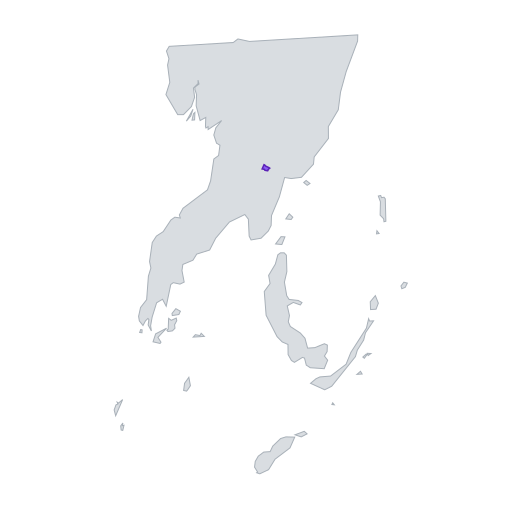 Goroka District, Eastern Highlands, Papua New Guinea (highlighted), rotated 87°
{"feature_id": "67681753B3470631360402", "entity_name": "Goroka District", "entity_type": "district", "adm_level": 2, "iso_a3": "PNG", "parent_name": "Papua New Guinea", "parent_adm1": "Eastern Highlands", "projection": "albers", "projection_center": [145.434, -6.025], "detail": "fine", "context": "in_parent", "style": "filled", "palette": "violet", "viewbox_px": 512, "rotation_deg": 87, "n_neighbors": 0, "source": "geoboundaries", "source_scale": "gbopen_adm2", "svg_char_len": 4051}
<svg xmlns="http://www.w3.org/2000/svg" viewBox="0 0 512 512"><g transform="rotate(87 256 256)"><path d="M42.1,331.7L41.6,267.5L38.3,262.7L41.4,251.3L40.5,142.8L46.7,143.3L76.6,156.3L96.7,163.0L114.3,166.2L130.5,177.0L142.4,177.5L160.1,192.7L167.3,193.8L179.8,206.5L180.5,216.8L179.1,223.3L198.2,229.6L216.4,238.4L226.3,239.3L231.7,242.4L238.5,250.0L239.7,260.1L235.8,261.8L218.8,261.7L214.0,265.0L220.7,280.8L236.1,295.3L247.6,302.0L251.0,315.1L256.9,319.2L260.6,329.5L266.6,330.7L278.3,329.1L280.1,333.4L278.3,340.0L280.0,342.6L301.5,348.3L294.3,351.6L297.5,357.7L311.5,362.9L320.1,364.9L325.4,364.4L319.2,367.3L313.8,366.3L312.7,367.2L315.0,369.8L319.5,372.5L314.7,375.9L310.1,376.4L301.4,374.0L293.9,367.5L270.5,364.5L262.5,361.6L256.0,362.6L237.1,358.9L230.9,354.4L226.8,347.4L215.6,339.1L213.0,335.0L214.1,329.6L211.0,330.4L204.5,326.4L187.4,301.0L178.6,297.4L156.9,293.0L153.7,288.1L143.5,286.2L141.3,289.5L133.0,291.8L125.9,289.4L118.9,283.2L127.2,297.2L124.3,297.1L125.6,299.3L124.1,299.7L115.0,298.9L117.8,304.7L102.9,307.9L91.7,306.9L86.4,308.3L84.2,308.2L81.3,303.9L77.3,304.7L80.7,304.8L85.0,309.7L94.3,309.0L103.4,312.7L111.0,321.0L110.7,326.8L90.1,337.5L78.1,333.0L60.7,334.3L54.4,332.6L46.6,334.7L42.1,331.7ZM355.2,190.0L359.5,192.9L363.8,189.9L372.1,193.8L370.4,207.7L367.6,211.5L360.5,212.9L359.7,214.9L364.2,223.2L362.2,226.1L356.1,229.1L346.0,228.7L343.2,234.3L337.6,239.2L315.7,249.0L291.9,249.6L284.2,243.4L276.0,244.4L265.1,237.1L255.9,234.1L254.1,231.3L254.3,227.7L256.8,225.6L273.2,226.0L283.6,229.0L297.3,227.4L301.1,225.2L302.6,216.2L304.9,212.5L307.2,214.3L304.3,221.2L307.5,227.4L317.2,225.7L323.4,227.2L328.2,225.4L335.2,215.8L340.7,211.4L350.7,209.3L350.6,202.1L347.2,192.3L348.7,189.4L355.2,190.0ZM473.7,263.6L472.5,266.7L471.8,265.7L466.8,268.5L461.1,267.5L456.0,264.2L452.2,258.5L452.1,252.1L446.7,249.2L439.6,241.0L438.2,235.6L438.9,226.8L449.4,232.1L459.9,247.6L470.0,254.6L473.7,263.6ZM393.2,194.4L386.0,208.2L381.7,202.5L380.1,198.5L379.8,187.8L368.8,171.7L357.2,166.3L333.8,149.5L324.5,146.8L326.9,146.0L326.9,142.0L338.4,150.7L345.6,152.9L355.2,159.7L361.7,162.0L390.0,187.2L393.2,194.4ZM205.7,123.9L228.1,124.5L228.5,126.4L225.5,126.6L221.7,129.9L208.4,128.9L202.5,130.7L202.1,128.3L204.3,127.6L204.0,125.1L205.7,123.9ZM316.4,338.5L320.4,340.9L323.9,340.7L326.4,343.4L326.8,347.9L325.4,348.9L324.4,347.5L313.7,346.5L315.8,344.0L313.8,338.9L316.4,338.5ZM315.5,144.4L307.7,144.3L301.8,138.9L309.5,136.3L315.4,138.9L315.5,144.4ZM332.1,358.2L337.1,355.4L338.3,356.4L336.3,363.3L328.5,360.3L323.4,349.1L332.1,358.2ZM373.6,329.4L382.1,328.3L386.1,331.3L387.3,332.4L386.5,335.3L379.4,334.0L373.6,329.4ZM392.4,396.7L408.2,404.5L402.3,405.7L397.3,403.6L396.7,401.7L394.7,402.3L395.7,401.0L392.4,396.7ZM245.0,235.8L238.0,230.0L238.4,226.1L245.9,229.6L245.0,235.8ZM311.1,342.7L309.0,342.9L304.4,338.8L307.2,334.4L310.4,336.1L311.1,342.7ZM436.6,226.4L433.6,217.0L436.3,214.3L439.0,220.3L436.6,226.4ZM220.5,224.3L215.6,220.6L219.2,217.2L221.4,219.0L220.5,224.3ZM296.3,112.1L293.5,112.8L289.9,109.7L291.0,106.3L295.1,108.6L296.3,112.1ZM188.1,201.2L185.1,204.5L183.2,202.0L186.4,198.3L188.1,201.2ZM333.6,311.8L333.7,323.0L331.4,320.7L332.5,316.1L330.3,314.8L333.6,311.8ZM112.9,313.9L117.7,318.5L106.1,311.2L112.9,313.9ZM117.0,312.8L110.7,311.0L109.4,309.5L116.9,310.2L117.0,312.8ZM423.2,398.2L422.7,399.8L418.6,400.0L415.8,397.7L418.5,398.3L418.1,396.7L423.2,398.2ZM379.4,156.2L379.5,161.4L376.6,157.7L379.4,156.2ZM363.8,153.2L362.5,154.6L359.6,151.0L360.2,150.2L363.8,153.2ZM326.7,373.9L326.3,376.2L323.4,375.0L323.8,373.6L326.7,373.9ZM361.3,149.2L359.0,149.8L359.4,146.3L361.3,149.2ZM240.0,131.9L240.2,134.5L237.1,133.9L240.0,131.9ZM408.7,185.6L408.3,188.0L406.6,187.1L408.7,185.6Z" fill="#d9dde1" stroke="#a8b0b8" stroke-width="1"/><path d="M165.2,243.2L167.0,244.1L169.4,245.3L169.9,243.1L170.8,242.7L171.1,241.7L171.5,240.0L171.5,239.9L171.4,239.7L171.2,239.6L170.9,239.5L170.7,239.6L170.1,239.1L169.0,237.7L168.5,238.3L166.6,241.8L165.6,242.5L165.2,243.2Z" fill="#8b5cf6" stroke="#5b21b6" stroke-width="1.5"/></g></svg>